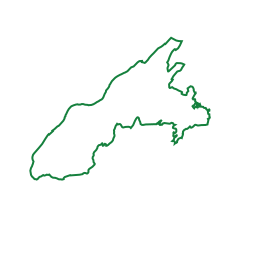 the district of Regidor, Bolívar, Colombia, rotated 222°
{"feature_id": "7082276B31703360799100", "entity_name": "Regidor", "entity_type": "district", "adm_level": 2, "iso_a3": "COL", "parent_name": "Colombia", "parent_adm1": "Bolívar", "projection": "equal_earth", "projection_center": [-73.886, 8.725], "detail": "fine", "context": "isolated", "style": "outline", "palette": "green", "viewbox_px": 256, "rotation_deg": 222, "n_neighbors": 0, "source": "geoboundaries", "source_scale": "gbopen_adm2", "svg_char_len": 5850}
<svg xmlns="http://www.w3.org/2000/svg" viewBox="0 0 256 256"><g transform="rotate(222 128 128)"><path d="M125.9,129.9L126.1,133.6L127.6,138.0L128.1,140.2L128.2,141.3L128.2,142.0L127.9,142.5L127.6,142.6L126.6,142.6L124.9,141.4L123.1,140.7L121.3,139.4L119.8,139.6L118.9,140.3L117.2,142.5L110.4,149.0L109.5,149.7L109.2,150.4L109.4,150.5L109.6,150.4L109.6,150.5L109.3,151.2L109.2,152.0L108.7,152.5L108.7,152.8L108.6,153.0L109.1,153.5L108.5,155.7L108.3,155.7L108.3,155.4L108.4,155.1L108.2,155.2L108.0,154.2L108.2,153.2L108.1,152.3L107.8,151.9L107.3,152.3L107.1,151.9L107.3,151.7L106.8,151.7L106.6,151.8L106.7,152.0L106.4,152.2L106.1,151.9L105.2,152.9L105.2,153.2L105.0,153.3L105.2,153.9L105.1,154.7L104.6,155.1L104.5,155.9L100.1,158.9L99.6,159.5L99.2,160.9L98.1,161.6L97.5,161.6L96.4,161.1L95.9,161.2L95.3,161.8L95.1,161.9L95.4,160.8L95.5,159.9L95.3,158.9L94.7,158.2L94.4,158.2L93.1,158.7L92.2,159.4L91.4,159.3L90.8,158.9L89.7,157.6L89.5,156.3L89.8,155.7L91.1,155.5L91.1,154.9L89.8,153.6L89.3,152.7L88.8,152.3L88.0,152.4L87.5,153.3L87.1,155.1L86.9,155.2L86.6,154.9L86.6,153.5L87.0,151.9L86.7,151.0L86.1,150.0L86.3,147.9L86.1,148.0L85.2,148.9L84.1,149.1L83.5,148.8L82.8,147.7L82.7,148.5L82.2,149.2L82.0,150.2L82.2,150.6L82.7,151.0L82.9,151.4L83.0,152.5L83.2,153.1L83.2,153.7L83.0,154.4L82.1,156.3L81.3,156.5L82.0,157.9L82.2,158.6L82.8,159.9L83.1,160.3L83.5,160.3L83.8,161.2L84.2,161.4L84.8,162.3L84.8,163.0L84.9,164.1L84.8,164.7L84.4,165.4L84.3,166.2L83.6,166.7L83.4,167.0L83.1,168.6L83.0,170.6L81.4,170.4L81.1,170.7L80.6,172.0L80.4,174.1L80.4,174.8L80.2,175.3L79.7,175.7L77.7,176.6L75.2,179.5L72.5,182.0L71.3,183.8L72.2,185.2L72.6,186.2L73.0,186.6L73.6,187.8L74.7,188.2L74.6,188.6L74.0,189.4L74.0,189.7L74.3,190.6L74.5,190.8L75.0,190.8L76.7,192.6L77.6,192.2L77.9,192.2L79.6,193.6L79.5,194.5L79.1,195.3L79.8,196.1L80.1,196.1L80.2,194.7L80.4,194.3L81.0,194.3L81.5,194.5L82.4,194.3L82.9,194.7L83.7,194.9L84.8,193.9L85.9,193.8L86.3,194.0L88.8,192.1L89.1,193.1L89.3,193.2L89.7,192.9L90.2,193.7L90.6,193.9L90.6,193.5L90.2,192.6L91.3,191.6L91.0,191.1L91.7,191.5L91.9,191.7L91.6,192.9L91.8,193.2L93.2,193.1L93.4,192.9L93.4,192.7L91.4,190.4L90.6,190.5L90.0,190.4L90.3,189.8L90.7,189.4L91.2,189.2L91.8,189.3L92.2,188.7L92.3,188.1L92.0,186.9L93.3,187.0L94.6,187.4L94.5,188.5L94.2,189.2L94.1,190.1L94.5,191.0L94.6,192.0L95.1,192.8L96.0,192.8L96.9,193.9L97.5,194.2L97.8,194.0L98.6,192.9L99.5,193.0L99.8,193.3L100.7,196.9L100.9,199.1L101.5,199.6L102.1,198.9L102.5,199.1L104.2,199.8L105.0,200.7L105.9,201.2L106.8,201.6L107.8,201.7L109.4,200.9L110.2,197.3L107.9,195.8L107.9,193.6L107.4,193.0L106.7,191.6L107.2,191.0L109.1,189.8L110.0,189.5L111.0,189.3L111.2,189.5L111.8,190.8L112.0,190.8L113.5,190.4L115.4,189.7L118.1,189.1L120.3,188.1L122.5,187.9L123.6,185.8L123.8,185.7L124.5,185.8L125.7,187.0L126.7,188.0L126.9,188.9L126.8,192.5L127.1,193.8L127.9,193.3L128.2,193.3L128.3,193.5L128.3,194.3L128.6,195.1L129.0,197.1L129.2,202.9L128.9,203.5L127.8,205.1L127.6,205.7L127.5,206.7L128.1,209.0L128.5,212.0L128.7,212.8L130.9,212.1L132.2,211.4L134.6,209.4L135.3,208.7L135.4,208.2L135.4,207.0L135.0,206.3L135.0,205.7L135.7,197.5L135.9,197.0L136.1,196.9L138.3,198.5L138.9,199.2L139.8,201.6L140.1,202.0L141.7,202.7L142.8,203.0L143.1,205.0L144.5,208.3L145.4,211.0L145.9,212.7L146.2,214.3L146.2,216.2L146.1,217.7L145.9,218.0L144.7,217.9L144.1,220.8L144.7,224.1L146.1,228.5L148.4,226.6L150.7,225.3L156.3,223.9L156.4,221.7L156.4,215.4L157.0,215.3L157.3,212.5L157.7,210.6L158.9,207.3L159.0,200.7L159.2,197.6L159.2,194.5L158.8,191.9L158.9,188.2L159.2,187.5L160.3,187.1L161.8,186.2L162.5,187.2L164.3,185.3L164.8,183.2L165.0,177.5L166.2,175.3L166.3,173.7L166.4,169.8L167.4,167.0L167.8,166.4L169.0,163.2L169.4,162.5L170.5,159.4L171.1,157.0L171.2,155.6L171.3,152.1L171.0,150.4L170.6,148.7L170.6,147.8L169.8,146.3L169.6,145.4L169.4,143.8L169.4,141.2L168.6,140.0L168.1,137.6L166.9,134.4L166.6,132.8L166.7,131.6L167.5,129.5L167.7,128.3L168.5,126.4L168.9,124.6L169.2,123.8L169.6,122.4L170.1,121.8L170.4,120.9L172.7,118.4L173.3,118.3L175.5,116.6L177.3,115.8L178.4,114.8L179.1,113.5L180.6,112.1L181.3,111.9L182.3,110.7L183.6,108.5L184.6,106.3L184.7,105.4L184.7,102.6L184.2,100.1L183.2,96.9L183.1,96.1L182.8,95.4L182.3,94.8L182.3,93.9L182.0,93.2L181.5,92.6L180.9,90.1L180.9,83.7L181.1,82.8L181.5,82.1L181.9,77.8L182.3,75.9L182.4,75.4L181.7,75.3L182.2,70.3L182.8,70.3L182.8,68.8L182.2,64.7L181.1,58.7L180.9,53.2L180.8,46.1L180.6,44.5L179.8,42.8L179.0,41.7L177.6,40.6L175.8,39.9L175.1,38.4L174.7,37.8L174.5,37.0L173.8,35.5L173.2,33.1L172.8,32.4L172.0,30.9L168.7,28.3L166.9,27.7L164.9,27.7L163.7,27.5L163.1,27.6L162.2,28.4L161.5,28.5L161.1,29.2L161.0,30.1L161.1,31.0L161.0,32.5L160.2,33.8L159.9,34.8L159.7,35.8L159.5,36.3L158.7,36.4L158.3,36.7L157.5,38.0L157.2,38.9L155.8,39.8L155.4,40.7L152.2,40.4L151.2,40.7L150.5,40.9L148.7,42.3L146.6,43.2L145.9,43.3L144.9,43.7L143.6,44.9L142.5,45.5L141.6,46.9L142.0,47.2L142.2,47.8L142.2,48.9L142.1,49.4L139.4,54.3L139.0,54.3L132.7,60.9L130.9,63.3L130.9,64.3L130.4,65.4L129.3,66.2L128.5,66.4L127.8,67.0L127.7,67.9L127.8,68.5L128.0,68.9L129.2,70.2L129.3,70.5L129.4,71.7L128.5,75.3L128.4,76.7L128.5,77.3L128.4,77.8L128.4,78.5L128.7,79.1L129.0,79.2L130.7,79.6L132.4,81.1L133.4,81.4L134.1,81.8L134.8,82.9L135.0,84.2L135.3,85.0L136.4,85.7L137.0,87.3L136.9,90.5L137.1,91.1L137.2,92.2L138.0,93.5L138.2,94.7L138.2,95.6L137.2,97.1L137.0,97.8L137.0,99.3L136.9,99.4L136.6,99.3L136.4,98.8L136.0,98.4L134.8,98.0L134.6,98.3L134.4,98.7L134.4,99.2L134.7,100.4L134.6,100.8L133.5,101.1L132.3,100.2L131.8,100.8L131.4,102.3L131.3,104.1L130.9,106.1L130.8,107.3L131.0,108.8L131.9,110.6L132.6,112.9L133.3,113.7L134.9,114.7L135.8,116.0L136.6,116.6L137.0,117.1L137.3,118.4L138.5,121.2L138.9,123.8L137.9,123.8L137.2,125.0L136.4,125.6L135.5,125.6L133.1,124.8L132.4,124.9L131.8,125.3L130.7,127.0L128.4,129.3L127.0,130.0L125.9,129.9Z" fill="none" stroke="#15803d" stroke-width="2"/></g></svg>